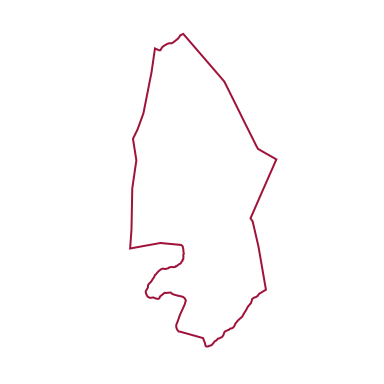 the district of Santa Catarina Cuixtla, Oaxaca, Mexico, rotated 331°
{"feature_id": "50627088B38419183941255", "entity_name": "Santa Catarina Cuixtla", "entity_type": "district", "adm_level": 2, "iso_a3": "MEX", "parent_name": "Mexico", "parent_adm1": "Oaxaca", "projection": "equal_earth", "projection_center": [-96.661, 16.296], "detail": "fine", "context": "isolated", "style": "outline", "palette": "rose", "viewbox_px": 384, "rotation_deg": 331, "n_neighbors": 0, "source": "geoboundaries", "source_scale": "gbopen_adm2", "svg_char_len": 2309}
<svg xmlns="http://www.w3.org/2000/svg" viewBox="0 0 384 384"><g transform="rotate(331 192 192)"><path d="M110.5,211.4L139.5,221.2L156.9,233.1L157.5,234.9L156.7,237.7L155.7,239.8L154.9,242.1L154.0,242.6L153.2,244.0L153.2,244.4L151.7,246.6L151.3,246.6L150.8,246.8L150.4,247.5L149.4,247.8L148.4,248.4L148.1,248.6L147.8,248.8L147.1,249.0L146.0,248.9L144.8,249.0L143.0,249.3L141.8,249.4L141.7,249.2L141.4,249.4L141.2,249.4L139.5,248.9L137.8,247.7L136.7,247.3L135.5,246.9L134.5,247.2L133.6,247.0L132.4,246.7L131.2,246.4L130.1,245.5L129.3,244.8L127.9,244.6L125.9,244.8L124.3,245.1L123.0,245.5L121.4,246.1L120.3,246.6L119.2,246.7L118.1,247.7L117.3,248.3L116.2,248.7L114.4,249.7L113.0,250.5L111.7,250.9L109.9,251.4L108.3,252.2L107.3,254.0L106.4,254.6L105.1,255.4L104.2,255.9L103.4,256.4L102.9,257.4L102.6,258.5L102.4,260.4L102.5,262.1L103.0,263.0L104.1,264.3L105.5,264.9L107.1,265.5L108.1,266.8L108.9,267.8L110.2,268.9L111.4,269.2L112.3,268.9L113.3,267.9L114.4,267.7L115.9,267.5L116.9,267.3L117.8,267.1L119.1,266.9L119.2,267.1L121.7,268.3L124.5,269.5L125.4,271.7L126.8,273.3L128.8,275.3L133.2,279.2L134.0,281.0L134.1,283.8L131.0,286.9L121.8,293.7L116.9,298.1L113.7,300.7L112.7,302.7L112.3,304.8L112.6,307.4L114.0,308.5L130.8,325.1L130.1,330.4L129.5,332.3L129.3,333.5L130.3,334.5L131.1,334.9L132.2,334.9L133.4,335.1L134.6,335.5L135.6,335.2L136.6,334.8L137.8,334.4L139.5,333.6L141.4,333.6L142.5,333.3L143.4,332.8L145.5,333.3L148.3,333.3L150.0,332.4L150.6,331.9L151.5,331.1L152.8,330.0L155.7,330.1L157.3,330.4L159.1,330.0L160.9,330.6L162.2,330.5L163.7,330.0L165.7,328.5L166.3,328.1L168.4,327.2L169.7,326.7L172.0,326.1L173.6,325.8L175.6,325.3L177.8,323.9L179.6,322.8L181.5,321.9L183.6,320.5L185.4,319.3L186.8,318.9L188.0,318.3L189.4,318.0L191.6,316.0L192.9,314.7L195.2,314.5L197.2,314.9L199.1,314.7L201.2,313.6L209.3,313.3L223.7,271.9L230.8,247.1L230.4,243.4L254.6,224.9L281.6,204.4L275.2,193.9L271.4,187.6L270.6,186.3L270.6,182.5L270.9,176.7L271.3,166.8L271.7,156.9L272.3,144.9L273.3,122.8L273.8,111.0L261.0,49.5L257.5,49.3L256.6,50.0L254.0,51.1L251.5,51.5L248.6,52.0L246.4,52.1L244.5,51.0L242.3,50.5L239.2,50.5L236.5,50.8L235.0,51.5L233.1,52.7L231.9,52.1L229.2,48.5L214.7,67.6L187.7,99.6L174.8,110.8L166.2,116.8L158.7,137.3L141.5,159.9L121.0,195.3L110.5,211.4Z" fill="none" stroke="#9f1239" stroke-width="2"/></g></svg>